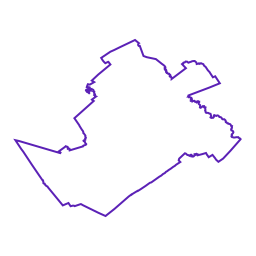 the district of Racari, Dâmbovita, Romania
{"feature_id": "2599482B12647526032204", "entity_name": "Racari", "entity_type": "district", "adm_level": 2, "iso_a3": "ROU", "parent_name": "Romania", "parent_adm1": "Dâmbovita", "projection": "robinson", "projection_center": [25.768, 44.664], "detail": "fine", "context": "isolated", "style": "outline", "palette": "violet", "viewbox_px": 256, "rotation_deg": 0, "n_neighbors": 0, "source": "geoboundaries", "source_scale": "gbopen_adm2", "svg_char_len": 5629}
<svg xmlns="http://www.w3.org/2000/svg" viewBox="0 0 256 256"><path d="M114.6,208.8L128.7,196.5L131.4,194.5L131.5,194.7L133.0,193.6L137.6,190.8L137.8,191.0L140.8,189.1L145.6,185.9L149.9,182.8L151.3,182.4L159.6,176.5L160.6,176.0L161.6,175.3L162.9,174.1L164.9,173.0L166.0,171.8L167.3,171.1L168.5,170.1L170.6,168.8L173.4,166.7L174.7,166.0L176.0,164.8L180.3,162.0L178.7,160.4L178.7,160.2L179.2,158.6L184.9,153.3L185.8,153.6L187.4,155.0L188.8,155.2L189.0,155.3L189.3,155.8L189.5,155.9L190.2,155.7L190.6,154.9L191.0,154.7L191.4,154.8L191.4,155.0L191.3,155.5L191.1,155.8L191.0,156.1L191.2,156.4L192.0,156.4L192.6,156.1L193.0,156.6L193.6,156.4L194.6,155.4L194.6,155.0L194.5,154.5L194.5,154.2L195.3,154.1L195.5,154.2L195.5,154.4L195.3,154.8L195.7,154.9L195.9,154.8L196.3,153.9L196.6,153.8L197.1,154.2L197.8,154.4L197.8,154.8L197.5,155.0L197.6,155.3L202.3,154.1L206.0,153.0L207.1,155.0L207.3,155.1L208.7,157.2L212.5,154.9L215.2,158.3L216.0,159.6L218.4,161.8L223.1,158.6L230.5,150.7L240.6,139.2L240.5,138.9L240.2,138.6L238.5,137.7L238.3,137.2L236.3,137.2L234.8,137.5L233.6,137.5L233.2,137.3L232.0,137.1L231.5,136.6L231.4,136.2L231.5,136.0L232.0,135.3L231.7,134.5L231.8,134.3L232.9,133.3L233.4,132.2L233.1,131.3L232.3,130.7L231.4,130.4L231.1,129.5L231.2,129.0L231.6,128.7L231.6,128.3L231.9,128.0L232.0,127.7L231.8,127.1L232.0,126.1L231.2,126.0L230.6,124.6L230.3,124.3L230.0,124.1L228.5,123.8L228.4,123.7L228.3,123.4L228.1,123.3L227.8,123.5L227.5,123.4L227.0,123.0L226.8,122.6L226.6,122.4L225.8,122.2L225.7,121.8L225.9,121.6L225.5,120.4L224.7,119.6L224.1,119.2L223.0,119.4L222.0,118.8L221.8,118.2L221.1,117.4L220.4,117.1L219.4,117.0L219.3,116.9L219.3,116.6L218.2,115.6L217.4,115.4L216.7,115.6L216.4,115.9L215.3,115.6L215.0,115.4L214.2,115.1L213.9,115.5L214.1,116.5L213.3,117.7L212.5,117.6L211.9,118.0L210.7,117.6L210.5,117.3L210.9,117.0L211.2,116.1L210.5,113.8L209.3,113.6L208.7,113.1L208.1,112.9L206.3,112.9L205.9,112.6L205.8,112.3L205.5,111.9L205.6,111.2L205.3,110.9L205.1,110.4L205.4,109.7L205.2,108.5L205.0,108.0L205.4,107.8L205.5,107.4L204.8,107.2L204.6,106.9L204.3,107.1L204.0,107.2L203.6,106.5L203.4,106.3L203.5,106.1L202.8,106.1L202.6,106.2L202.0,106.9L201.0,107.6L200.4,107.8L200.1,107.6L199.9,107.4L200.1,106.6L200.1,105.1L198.8,104.0L198.6,103.5L198.7,102.6L199.2,102.2L199.2,101.9L198.4,102.1L198.4,101.4L198.2,101.2L197.8,101.2L197.4,101.3L197.4,101.8L197.3,102.1L196.7,101.9L196.4,102.3L196.3,102.2L196.2,102.0L195.8,102.0L194.9,101.7L194.9,101.2L194.4,100.8L193.4,101.0L192.8,100.8L192.4,101.2L192.3,100.7L192.1,100.6L191.5,100.9L191.3,100.9L191.6,100.4L191.5,100.2L190.9,99.9L191.1,99.7L191.7,99.8L191.9,99.5L191.9,99.2L191.1,99.0L191.1,98.9L191.5,98.6L191.5,98.0L191.3,97.8L190.4,97.6L189.7,97.0L188.9,97.3L188.8,97.2L189.1,96.8L189.1,96.7L188.9,96.6L188.1,96.6L188.3,96.3L188.4,95.5L189.1,95.2L209.5,87.5L219.8,83.3L215.2,76.3L212.9,77.3L210.1,73.0L209.6,72.1L209.1,71.6L207.8,70.2L205.7,67.0L203.9,65.5L203.5,64.4L203.0,64.0L201.7,63.6L201.0,63.2L200.7,63.3L199.7,63.9L199.4,63.8L199.1,63.3L198.8,63.3L198.1,63.8L197.4,63.8L196.7,64.0L196.5,63.0L196.3,62.4L195.2,61.5L194.7,61.0L194.0,61.0L192.2,61.2L191.2,61.7L189.5,62.2L188.6,62.7L188.2,62.6L187.2,61.7L186.9,61.6L186.4,61.7L185.9,61.5L185.6,61.5L184.8,62.4L183.5,62.6L183.3,62.8L183.2,63.5L182.5,63.7L182.0,64.1L185.9,68.2L171.6,79.0L171.6,78.6L171.8,77.7L171.4,77.5L171.1,76.9L170.2,76.8L169.8,76.3L169.9,76.2L170.5,75.8L170.3,75.0L170.0,74.7L169.3,74.5L169.3,74.0L169.2,73.8L169.0,73.7L168.2,73.8L167.6,73.2L167.1,73.1L167.2,72.6L166.8,72.1L166.4,71.9L166.1,72.0L166.0,71.5L166.1,71.2L165.9,70.9L166.2,70.4L165.4,69.9L165.1,69.8L165.0,69.7L165.6,69.2L164.6,68.2L164.6,67.9L165.4,67.4L165.4,67.2L164.7,66.1L163.6,65.1L161.8,63.8L155.9,59.1L146.8,57.2L143.5,56.0L139.8,45.9L138.7,45.9L138.1,44.9L138.3,43.9L138.6,43.2L138.8,43.1L135.0,40.0L119.7,47.3L114.0,50.1L110.4,51.7L101.2,57.9L102.8,60.5L103.9,61.8L105.3,63.2L108.2,61.8L108.5,62.0L110.4,64.5L98.3,74.5L91.8,80.6L94.2,82.1L89.8,84.6L87.9,84.2L87.3,85.5L87.4,85.8L86.9,86.6L86.8,87.1L88.2,87.2L88.5,87.8L88.8,88.0L89.2,88.0L89.2,87.4L89.3,87.3L89.6,87.3L89.8,87.5L89.8,88.2L89.5,88.8L89.0,89.1L88.7,89.0L88.3,88.7L88.2,88.7L88.0,89.2L87.6,89.3L87.9,89.8L87.8,90.1L87.5,90.3L87.2,90.2L86.8,89.6L86.6,89.6L86.2,89.8L85.9,90.2L85.9,90.4L87.1,92.0L88.2,92.4L89.1,93.2L89.3,93.0L89.2,92.7L88.8,92.1L88.9,91.8L88.7,91.4L88.3,91.2L89.1,90.8L89.5,90.8L90.1,90.7L90.7,90.7L90.2,90.0L90.8,89.7L91.0,89.3L91.3,89.2L91.3,89.8L91.6,89.1L93.0,89.7L93.3,89.9L93.5,90.2L93.5,90.7L93.2,91.3L93.3,91.4L93.7,91.3L94.3,91.6L94.3,91.9L94.1,92.8L94.3,93.2L94.3,93.7L94.3,93.9L95.0,94.3L95.0,94.5L94.7,94.9L94.3,94.8L94.2,95.0L95.3,95.5L95.3,95.9L95.1,96.4L95.9,96.6L91.9,99.6L92.6,100.3L93.7,101.0L74.4,118.2L79.3,125.3L79.5,125.9L82.0,129.9L82.7,130.7L83.2,131.7L83.3,132.2L83.3,133.0L83.8,133.4L85.0,135.0L85.4,135.6L85.3,136.6L85.9,137.7L85.8,138.0L85.3,138.2L85.1,138.6L85.3,139.1L85.3,139.8L83.8,140.4L83.5,140.7L83.6,141.0L83.8,141.2L84.1,141.3L84.9,141.8L85.2,143.0L86.2,144.0L86.2,144.4L86.0,144.6L85.0,145.1L83.4,145.6L82.9,146.1L82.9,146.4L69.6,150.4L69.5,149.9L69.6,149.0L69.5,148.7L69.2,148.6L67.8,148.8L67.7,147.8L67.9,147.5L67.7,147.0L67.5,146.8L66.3,146.6L65.8,146.2L64.6,147.2L58.8,151.4L60.5,152.6L60.2,153.1L19.0,141.0L15.4,140.2L21.3,149.1L23.2,151.6L31.8,164.6L39.5,175.9L42.6,180.4L42.9,180.3L43.1,180.7L43.4,182.2L43.4,183.2L43.9,183.6L44.7,183.7L45.2,184.9L45.7,185.2L46.2,185.9L46.7,186.2L47.4,186.4L48.1,187.5L62.8,205.4L68.4,203.0L70.6,206.2L73.0,205.6L74.3,205.8L74.6,206.1L74.8,206.1L80.7,204.1L81.0,204.1L82.9,205.2L98.4,212.8L105.5,216.0L114.6,208.8Z" fill="none" stroke="#5b21b6" stroke-width="2"/></svg>